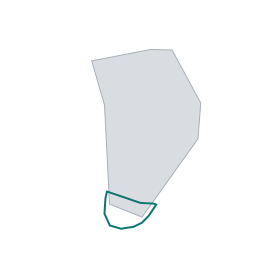 Saint Lucy highlighted on a map of Barbados, rotated 217°
{"feature_id": "BRB-1995", "entity_name": "Saint Lucy", "entity_type": "Parish", "adm_level": 1, "iso_a3": "BRB", "parent_name": "Barbados", "parent_adm1": "", "projection": "orthographic", "projection_center": [-59.624, 13.309], "detail": "fine", "context": "in_parent", "style": "outline", "palette": "teal", "viewbox_px": 256, "rotation_deg": 217, "n_neighbors": 0, "source": "natural_earth", "source_scale": "10m", "svg_char_len": 463}
<svg xmlns="http://www.w3.org/2000/svg" viewBox="0 0 256 256"><g transform="rotate(217 128 128)"><path d="M157.2,204.3L139.7,216.8L84.9,191.7L65.6,161.4L63.2,65.3L96.9,56.1L160.5,132.1L197.4,159.8L157.2,204.3Z" fill="#d9dde1" stroke="#a8b0b8" stroke-width="1"/><path d="M59.4,83.7L58.6,70.3L59.9,60.6L64.2,52.3L72.9,43.4L83.9,39.2L95.2,45.4L103.6,58.1L106.5,64.5L106.0,64.8L73.1,75.6L61.8,83.2L59.4,83.7Z" fill="none" stroke="#0f766e" stroke-width="2"/></g></svg>